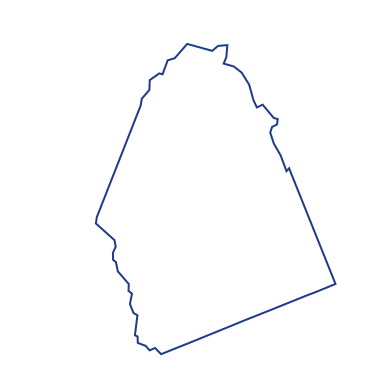 the district of Costilla, Colorado, United States of America, rotated 338°
{"feature_id": "52423323B77576079011979", "entity_name": "Costilla", "entity_type": "district", "adm_level": 2, "iso_a3": "USA", "parent_name": "United States of America", "parent_adm1": "Colorado", "projection": "mercator", "projection_center": [-105.457, 37.327], "detail": "fine", "context": "isolated", "style": "outline", "palette": "blue", "viewbox_px": 384, "rotation_deg": 338, "n_neighbors": 0, "source": "geoboundaries", "source_scale": "gbopen_adm2", "svg_char_len": 912}
<svg xmlns="http://www.w3.org/2000/svg" viewBox="0 0 384 384"><g transform="rotate(338 192 192)"><path d="M94.3,179.7L91.1,185.2L102.1,207.6L100.8,214.1L95.9,218.8L93.4,225.4L95.2,228.3L93.5,237.8L98.9,253.6L96.1,259.9L98.3,263.7L92.5,272.6L92.4,282.2L95.2,285.9L85.4,303.5L87.4,305.6L85.2,311.6L91.5,317.4L93.3,322.9L99.3,322.8L102.6,330.8L103.3,330.8L120.6,330.8L133.0,330.9L164.2,330.8L171.4,330.8L172.6,330.8L187.1,330.7L193.1,330.7L194.7,330.7L202.3,330.8L258.5,330.9L268.7,331.1L268.8,331.1L290.6,331.0L290.9,206.4L287.4,208.1L287.9,191.4L286.0,177.7L286.8,166.2L290.6,161.7L296.1,161.2L298.8,156.6L295.5,153.9L290.2,137.5L283.8,137.9L283.4,129.8L285.2,113.9L282.8,100.0L277.8,91.3L269.5,84.8L274.4,79.7L279.8,69.1L270.9,66.3L263.6,68.7L243.0,52.9L226.1,61.5L218.8,60.8L208.8,71.8L206.1,69.8L194.8,72.4L190.7,81.4L180.4,86.7L176.8,92.6L94.3,179.7Z" fill="none" stroke="#1e3a8a" stroke-width="2"/></g></svg>